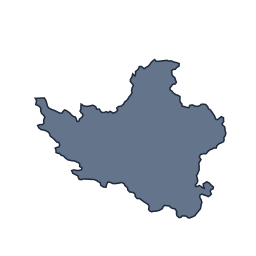 Guaçuí, Espírito Santo, Brazil, rotated 104°
{"feature_id": "56859067B34703696458597", "entity_name": "Guaçuí", "entity_type": "district", "adm_level": 2, "iso_a3": "BRA", "parent_name": "Brazil", "parent_adm1": "Espírito Santo", "projection": "mercator", "projection_center": [-41.708, -20.791], "detail": "fine", "context": "isolated", "style": "filled", "palette": "slate", "viewbox_px": 256, "rotation_deg": 104, "n_neighbors": 0, "source": "geoboundaries", "source_scale": "gbopen_adm2", "svg_char_len": 3859}
<svg xmlns="http://www.w3.org/2000/svg" viewBox="0 0 256 256"><g transform="rotate(104 128 128)"><path d="M200.4,46.4L198.4,43.7L196.7,41.7L194.7,41.0L192.1,39.7L189.0,38.2L186.5,38.3L184.5,38.4L182.4,38.3L180.1,39.6L178.1,41.5L175.8,42.1L174.2,40.3L174.7,37.4L174.7,35.6L175.2,33.5L173.5,32.0L171.9,31.1L169.7,32.9L167.7,32.5L166.6,30.8L164.6,30.8L163.4,33.2L161.7,36.0L161.1,38.6L162.8,40.1L164.0,41.5L165.9,40.9L168.1,39.4L167.9,41.3L167.1,43.1L166.5,45.0L167.7,46.3L168.4,48.1L166.7,48.9L164.8,47.8L162.4,47.5L159.4,49.0L157.7,50.1L155.3,49.3L153.5,49.2L151.7,48.8L149.2,49.4L146.7,50.1L145.2,50.8L143.2,50.3L141.0,49.5L138.9,51.8L136.3,51.3L134.6,48.5L134.2,46.1L131.1,44.6L129.3,43.2L128.2,41.5L126.7,39.9L126.0,37.5L123.7,37.5L121.3,35.9L119.5,33.5L118.1,32.0L116.1,31.9L114.3,32.7L111.9,31.8L109.3,31.8L107.1,33.2L104.9,33.8L103.3,34.7L102.7,36.4L101.1,37.8L98.7,36.7L96.8,37.3L95.0,37.8L94.4,40.3L96.3,41.6L98.4,43.4L98.0,45.3L95.5,46.8L92.9,49.6L90.7,52.2L89.9,54.5L87.8,56.1L86.4,58.3L86.7,60.9L87.3,62.7L89.0,63.7L90.1,65.6L90.6,67.7L90.0,70.9L90.9,73.3L93.5,74.0L93.8,75.9L93.6,78.4L93.6,80.9L91.7,81.5L90.7,83.0L89.2,84.2L86.7,84.7L84.9,85.2L84.2,87.3L84.1,89.7L83.0,92.5L81.5,94.6L80.7,96.5L78.9,96.9L76.8,96.0L74.9,95.2L73.8,92.8L72.0,92.1L69.8,93.6L67.8,94.8L66.9,96.7L65.6,98.3L64.0,98.7L62.0,99.6L60.3,98.4L59.6,96.4L57.4,95.3L55.6,93.5L53.2,93.8L52.8,96.4L52.9,99.1L52.4,102.2L53.2,104.8L52.9,106.7L53.9,109.2L54.9,111.9L55.9,114.5L56.5,116.9L55.1,118.7L57.1,120.3L58.7,121.3L60.7,122.1L62.9,123.1L64.8,125.2L66.6,126.7L65.0,129.9L65.7,131.9L67.8,132.0L69.5,132.9L71.4,134.4L73.8,133.7L75.9,133.9L74.3,136.5L77.5,136.5L80.3,137.4L82.3,137.0L83.8,134.9L85.4,133.0L87.8,133.7L90.8,133.6L93.1,132.6L95.6,133.5L97.8,134.6L99.8,135.1L101.8,136.1L103.6,137.6L105.5,137.9L108.3,139.7L109.5,142.5L111.4,143.8L113.3,142.3L115.6,143.8L117.1,145.9L116.1,149.5L117.9,150.9L117.4,153.0L118.8,155.0L119.2,157.4L118.1,158.9L116.6,160.4L117.3,163.0L115.5,164.2L114.6,166.1L114.5,168.0L116.0,170.7L117.0,173.4L117.3,176.1L116.1,179.3L118.6,178.9L121.2,178.2L123.1,178.7L124.6,177.2L125.6,175.0L127.5,174.9L129.1,175.5L131.0,177.2L133.6,177.4L133.8,179.3L131.5,180.5L130.0,181.8L130.1,183.7L128.8,186.4L127.5,188.1L126.8,190.0L126.0,191.9L125.8,194.0L127.5,195.0L129.3,195.5L130.0,197.3L129.7,199.4L129.3,201.3L128.8,203.3L128.6,205.6L127.9,209.5L126.4,211.4L124.1,212.6L121.8,213.9L119.1,216.3L119.9,219.5L120.9,222.5L121.6,225.2L123.5,223.3L125.6,223.2L127.6,223.2L128.1,220.1L129.0,218.5L130.2,217.2L132.4,216.9L134.7,215.4L135.8,213.2L137.6,211.3L139.8,211.7L141.7,211.6L143.4,210.7L145.5,211.8L145.9,214.1L147.4,216.3L149.5,214.5L150.6,211.8L150.4,209.4L150.5,206.9L151.5,203.7L153.1,202.5L154.8,201.3L156.2,197.8L157.9,195.3L159.0,193.3L158.8,191.5L161.1,190.1L163.2,190.5L163.9,192.1L165.1,193.8L166.9,192.5L169.2,191.9L169.5,189.9L169.2,188.1L170.5,186.7L170.8,183.7L172.3,181.4L173.4,178.7L173.4,175.6L173.2,173.7L172.9,171.6L173.5,169.5L173.6,167.6L174.9,166.0L177.1,165.6L177.7,163.1L179.7,163.0L181.1,165.4L181.6,167.6L181.7,170.4L183.0,172.4L185.4,170.5L186.0,167.4L186.7,164.8L188.3,164.1L189.6,162.9L189.4,160.6L188.3,159.1L187.7,156.3L187.1,153.2L186.7,150.9L186.2,148.6L186.5,146.0L187.3,143.8L187.9,141.7L190.2,140.5L191.2,137.7L190.8,135.0L188.0,135.1L185.4,134.6L185.0,132.0L185.6,129.4L185.1,127.0L183.8,123.7L182.3,120.7L183.1,118.1L184.6,117.1L186.1,114.0L188.1,113.3L189.7,110.9L189.4,108.9L189.5,106.7L190.5,105.1L192.6,104.5L194.2,102.2L193.7,99.4L194.8,97.0L195.9,94.3L196.6,92.1L197.4,89.9L198.8,88.6L202.1,88.3L203.3,86.7L203.6,84.7L202.6,83.2L201.9,80.6L200.3,77.6L197.9,75.2L196.1,74.9L194.3,74.0L194.1,71.9L193.6,69.5L194.8,67.2L195.3,65.2L195.0,62.8L197.2,60.6L199.4,60.3L201.3,59.2L202.6,56.6L201.8,55.0L200.1,54.0L199.7,51.9L199.4,50.0L200.5,48.5L200.4,46.4Z" fill="#64748b" stroke="#1e293b" stroke-width="1.5"/></g></svg>